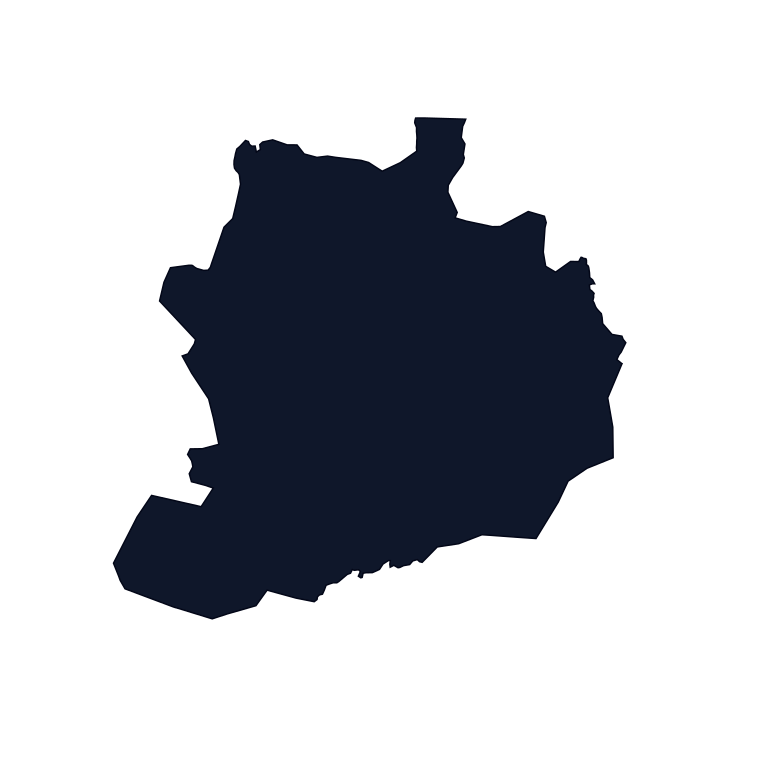 outline of Tsanyawa, Kano, Nigeria, rotated 198°
{"feature_id": "59680162B88365177272018", "entity_name": "Tsanyawa", "entity_type": "district", "adm_level": 2, "iso_a3": "NGA", "parent_name": "Nigeria", "parent_adm1": "Kano", "projection": "natural_earth1", "projection_center": [8.001, 12.281], "detail": "fine", "context": "isolated", "style": "filled", "palette": "ink", "viewbox_px": 768, "rotation_deg": 198, "n_neighbors": 0, "source": "geoboundaries", "source_scale": "gbopen_adm2", "svg_char_len": 3027}
<svg xmlns="http://www.w3.org/2000/svg" viewBox="0 0 768 768"><g transform="rotate(198 384 384)"><path d="M377.5,623.8L379.5,626.8L381.2,637.3L386.7,642.2L386.7,642.3L388.8,653.4L388.3,657.4L388.1,661.1L428.3,649.3L436.1,646.7L436.0,644.2L435.5,641.9L433.9,639.9L432.3,638.0L431.1,634.1L429.7,630.9L428.6,628.0L427.9,625.0L427.1,622.5L426.2,618.9L424.8,615.6L436.9,599.5L451.5,585.8L467.1,589.9L474.9,589.6L500.0,584.6L508.1,583.3L517.8,578.8L531.0,578.1L540.6,584.5L549.9,581.5L565.3,581.8L574.2,576.6L576.1,573.3L574.0,568.7L577.1,565.2L580.1,570.5L583.3,569.3L586.0,570.3L587.9,572.7L591.0,572.8L594.5,565.4L596.6,562.0L596.4,557.2L596.0,554.2L595.6,550.1L594.5,546.4L592.9,543.1L590.5,541.2L588.2,540.1L586.3,538.5L582.2,529.7L581.2,520.0L580.0,507.0L579.4,499.5L579.0,494.6L584.6,483.7L585.1,450.8L585.2,445.3L585.2,441.3L586.5,437.9L590.6,436.3L597.8,436.0L600.3,436.6L602.7,437.5L603.9,437.4L606.5,436.5L623.0,428.6L624.7,412.8L623.1,393.6L577.0,368.1L576.8,363.5L579.7,352.1L584.6,348.3L570.3,334.9L546.2,315.7L535.8,299.1L522.4,275.6L536.8,266.3L548.2,262.4L549.0,256.3L546.0,253.9L543.2,251.5L541.6,248.8L540.2,246.2L541.5,238.5L536.9,231.6L522.9,232.4L514.2,232.3L520.0,210.8L570.6,206.2L577.7,181.3L585.9,130.0L576.9,119.2L574.2,115.7L567.0,109.2L515.6,106.9L513.1,106.9L512.8,107.0L474.8,107.6L462.2,116.8L437.3,133.6L431.5,151.8L401.6,153.2L383.1,155.4L381.1,158.3L381.5,161.1L380.2,163.5L377.6,165.1L377.1,169.5L376.9,174.7L373.9,177.1L371.0,179.2L367.4,180.4L366.0,182.1L360.1,191.6L357.4,193.7L356.8,197.8L354.8,197.6L350.7,199.5L348.5,198.3L349.0,193.3L346.2,192.5L345.0,193.3L345.4,197.6L342.9,198.9L336.8,201.0L333.0,204.4L331.0,206.3L329.3,212.5L325.2,217.5L323.4,218.0L322.8,214.5L321.5,211.7L318.6,214.6L313.9,213.6L312.3,214.4L309.3,217.3L303.8,220.2L302.0,224.6L298.1,227.3L295.2,226.0L292.6,226.2L283.0,245.5L263.6,255.2L244.3,270.9L237.3,272.7L209.7,279.5L191.7,284.0L181.8,325.5L178.9,348.5L164.9,366.6L143.3,384.7L153.1,413.7L159.2,425.3L167.0,440.0L164.0,475.9L163.9,476.9L164.1,476.9L170.1,479.2L169.5,484.3L168.3,487.6L167.5,493.3L166.8,498.0L170.4,500.4L172.5,503.0L182.5,501.6L194.7,509.0L197.2,514.8L199.1,518.1L201.4,519.3L203.0,520.2L205.4,521.7L207.0,523.2L208.1,524.6L209.4,526.2L211.1,527.7L211.4,531.3L212.2,533.4L212.2,535.1L215.0,536.7L217.4,537.5L219.3,541.7L216.8,543.7L214.6,544.4L217.8,547.5L221.2,548.8L223.0,553.4L225.1,557.7L225.7,558.6L226.1,559.2L226.8,559.6L227.3,559.9L227.7,559.9L228.2,560.0L228.6,560.2L228.8,560.5L228.7,561.3L228.8,561.8L229.1,562.3L229.3,563.1L229.6,563.8L229.7,564.3L230.1,564.8L230.4,565.0L230.4,565.3L230.9,565.5L231.7,565.4L232.4,565.3L232.7,565.1L233.2,565.2L233.7,565.3L234.5,565.5L235.1,565.5L235.7,565.4L236.1,563.8L236.6,560.6L244.4,558.2L255.4,543.4L266.6,545.9L273.3,558.7L279.2,582.5L279.6,587.6L283.3,593.1L300.1,592.6L322.0,569.7L329.6,567.1L356.3,564.3L367.7,564.0L367.4,569.8L379.7,583.1L382.5,586.1L384.3,592.9L382.5,601.6L378.0,615.1L377.7,616.3L377.2,618.4L377.5,623.8Z" fill="#0f172a" stroke="#020617" stroke-width="1.5"/></g></svg>